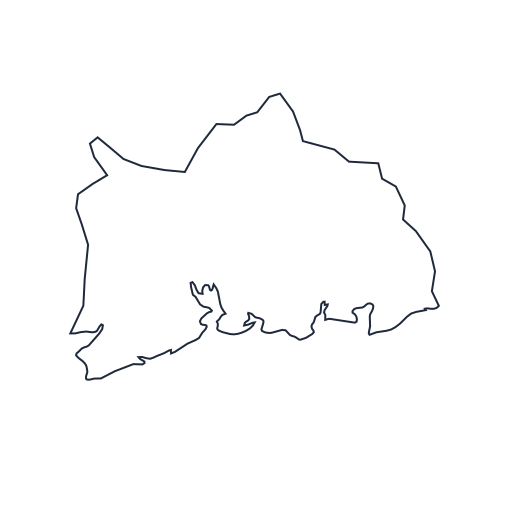 the border of Boeny, rotated 195°
{"feature_id": "MDG-5870", "entity_name": "Boeny", "entity_type": "Autonomous Province", "adm_level": 1, "iso_a3": "MDG", "parent_name": "Madagascar", "parent_adm1": "", "projection": "orthographic", "projection_center": [46.116, -16.217], "detail": "fine", "context": "isolated", "style": "outline", "palette": "slate", "viewbox_px": 512, "rotation_deg": 195, "n_neighbors": 0, "source": "natural_earth", "source_scale": "10m", "svg_char_len": 3275}
<svg xmlns="http://www.w3.org/2000/svg" viewBox="0 0 512 512"><g transform="rotate(195 256 256)"><path d="M66.5,255.2L67.4,253.6L68.5,252.3L70.7,251.0L72.8,250.4L77.2,249.7L79.2,248.8L78.0,247.7L86.9,243.4L91.3,240.5L94.3,236.6L99.5,227.8L102.9,223.4L106.3,220.1L110.5,217.6L119.9,213.5L125.9,209.3L127.0,210.3L127.3,212.6L127.6,217.7L130.3,226.5L130.5,227.3L130.6,228.8L130.5,229.9L129.6,233.2L129.4,235.9L129.7,238.0L130.9,239.3L133.3,239.8L135.6,239.0L137.1,237.3L138.4,235.2L140.1,233.7L145.3,231.7L147.5,230.1L148.5,227.6L148.1,226.3L145.1,225.1L143.2,223.2L142.0,220.5L141.9,218.5L143.3,217.2L168.4,214.4L169.4,214.1L170.6,213.5L172.6,212.2L173.7,216.7L174.9,218.3L175.5,218.7L175.7,219.3L175.7,221.6L174.1,226.2L174.2,227.8L176.9,226.5L177.9,229.6L179.1,229.2L180.5,226.5L179.0,218.2L179.4,216.5L181.9,214.0L183.0,212.2L182.9,211.8L183.0,207.7L183.3,206.3L183.9,205.1L184.2,203.9L184.2,202.3L183.0,200.2L181.3,198.9L180.4,197.4L181.5,195.2L186.5,189.9L191.5,186.6L193.1,186.5L195.7,187.5L198.0,188.1L200.3,188.1L202.6,188.4L208.2,191.9L211.6,191.4L221.0,185.9L222.9,185.2L225.0,184.8L227.4,184.6L230.7,185.1L231.8,186.5L231.6,191.8L231.7,194.3L232.3,195.6L233.5,196.2L235.7,196.7L237.0,196.8L239.7,196.6L241.0,196.7L245.2,199.0L248.7,199.1L248.7,198.1L247.2,196.2L246.2,193.4L246.9,191.7L248.3,190.3L249.5,188.6L249.5,185.8L245.8,187.7L242.2,190.5L240.1,191.5L241.0,188.0L243.2,184.4L246.4,181.0L250.0,178.2L253.6,176.0L257.1,174.6L260.8,173.9L268.4,173.8L272.3,174.3L274.1,175.0L274.8,176.1L274.8,177.9L275.0,179.6L275.6,181.1L276.9,182.5L275.1,185.4L274.4,188.0L273.3,190.3L270.5,192.4L273.8,195.1L276.3,197.6L278.2,200.6L283.6,211.7L286.1,214.7L289.5,217.6L289.6,216.0L289.5,214.0L289.6,212.1L290.5,211.0L291.7,211.4L293.5,214.5L294.7,215.4L297.7,214.7L299.0,211.9L298.9,208.5L297.8,205.6L301.9,205.2L304.8,208.1L307.5,211.9L310.6,214.3L312.2,213.1L310.5,208.8L306.9,202.2L303.8,200.9L297.5,194.8L293.7,193.5L288.7,193.8L287.3,193.5L284.5,191.8L284.8,190.7L286.7,189.7L288.5,188.0L292.6,181.6L293.3,178.5L291.6,176.0L289.9,175.8L287.8,176.1L286.0,176.1L285.3,174.9L285.8,172.3L288.0,168.0L289.8,162.1L292.7,159.1L299.5,153.6L309.3,142.6L312.8,139.9L313.1,140.8L313.4,141.4L313.7,142.2L313.8,143.2L315.5,142.3L319.7,138.3L326.2,133.5L328.1,131.8L331.7,129.3L335.8,128.9L339.8,129.0L343.3,127.9L341.3,126.5L336.5,125.2L336.0,123.7L337.6,121.9L346.5,119.8L362.4,108.3L374.1,97.6L380.6,95.7L384.9,93.4L387.3,92.9L388.3,93.4L388.8,94.6L389.0,96.1L388.9,100.3L389.2,101.2L391.0,105.2L392.2,106.8L393.9,108.2L396.3,109.6L401.5,111.8L404.1,113.5L404.1,115.5L402.6,117.6L400.3,121.6L398.3,123.3L395.9,124.8L394.3,126.5L387.4,140.4L385.6,145.7L386.0,149.5L387.7,149.9L388.8,147.6L390.3,142.4L392.1,140.8L394.9,139.8L400.4,139.1L405.6,137.1L410.5,134.5L415.3,133.2L409.9,163.3L415.5,189.4L421.1,223.4L432.5,241.5L442.1,255.6L443.9,269.6L432.3,283.5L420.7,295.5L437.9,309.6L445.5,321.6L439.7,329.6L426.3,323.5L409.1,315.4L389.9,313.3L366.9,315.3L346.5,318.7L340.0,345.2L328.4,373.2L311.2,377.1L301.6,389.1L292.0,395.1L284.4,413.1L274.8,419.1L257.6,405.1L246.1,389.1L240.4,379.1L207.8,379.1L190.6,371.2L161.9,377.2L154.2,363.3L138.9,359.3L125.4,343.3L123.4,329.3L108.0,321.4L88.8,305.5L79.1,287.5L77.0,267.5L66.5,255.2Z" fill="none" stroke="#1e293b" stroke-width="2"/></g></svg>